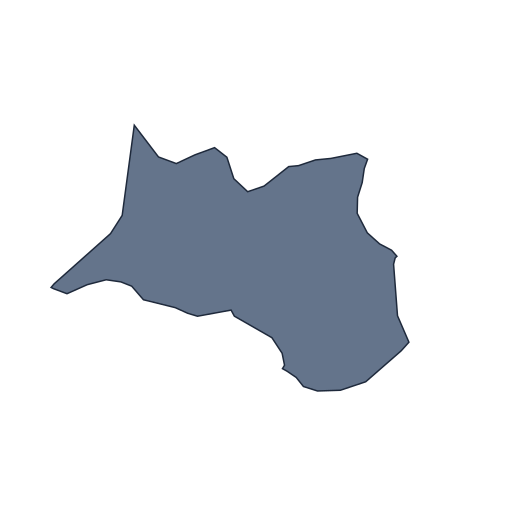 SVG path tracing the border of Kouritenga, rotated 305°
{"feature_id": "BFA-2829", "entity_name": "Kouritenga", "entity_type": "Province", "adm_level": 1, "iso_a3": "BFA", "parent_name": "Burkina Faso", "parent_adm1": "", "projection": "albers", "projection_center": [-0.3, 12.177], "detail": "fine", "context": "isolated", "style": "filled", "palette": "slate", "viewbox_px": 512, "rotation_deg": 305, "n_neighbors": 0, "source": "natural_earth", "source_scale": "10m", "svg_char_len": 830}
<svg xmlns="http://www.w3.org/2000/svg" viewBox="0 0 512 512"><g transform="rotate(305 256 256)"><path d="M178.9,342.3L182.9,342.0L191.3,333.2L198.2,315.9L194.3,272.8L197.4,266.6L173.1,242.6L169.9,232.9L167.4,219.5L155.6,188.9L160.0,171.5L157.3,160.2L150.6,146.9L135.7,134.2L116.7,122.8L113.1,108.9L112.7,106.2L117.4,106.6L190.9,124.0L212.5,123.1L293.3,81.3L281.2,119.3L286.0,137.7L303.9,148.0L321.0,159.9L320.2,175.5L306.6,193.5L303.9,212.3L317.9,222.5L348.0,231.5L354.4,239.0L368.8,249.6L378.9,261.4L398.0,279.7L399.3,291.9L389.8,294.5L377.0,300.9L362.4,305.5L349.0,314.4L338.8,333.9L336.8,350.3L338.5,363.7L336.6,371.6L334.3,371.1L328.2,373.4L288.2,406.2L273.1,430.7L261.6,429.3L215.9,418.0L194.4,402.1L180.7,383.8L176.3,369.7L179.6,358.6L179.4,347.0L178.9,342.3Z" fill="#64748b" stroke="#1e293b" stroke-width="1.5"/></g></svg>